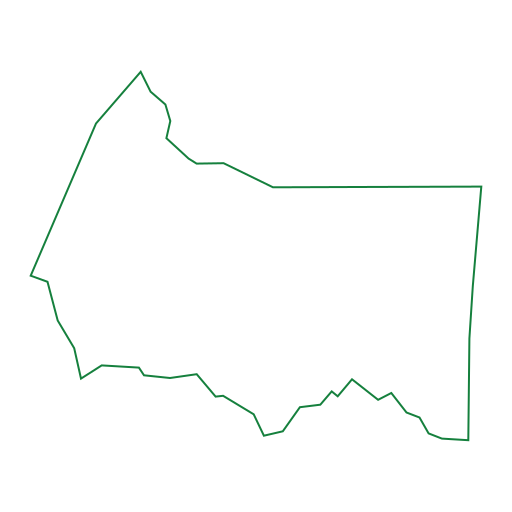 outline of Marion, Kentucky, United States of America
{"feature_id": "52423323B50933714814706", "entity_name": "Marion", "entity_type": "district", "adm_level": 2, "iso_a3": "USA", "parent_name": "United States of America", "parent_adm1": "Kentucky", "projection": "orthographic", "projection_center": [-85.281, 37.571], "detail": "fine", "context": "isolated", "style": "outline", "palette": "green", "viewbox_px": 512, "rotation_deg": 0, "n_neighbors": 0, "source": "geoboundaries", "source_scale": "gbopen_adm2", "svg_char_len": 622}
<svg xmlns="http://www.w3.org/2000/svg" viewBox="0 0 512 512"><path d="M140.7,71.8L96.0,123.5L30.7,275.7L47.5,281.8L57.7,320.5L74.2,348.2L81.0,378.6L101.7,365.4L138.9,367.6L144.0,375.3L170.0,378.0L196.7,374.2L215.6,396.6L223.1,395.8L253.7,414.3L263.9,435.7L282.8,431.3L299.9,407.2L320.3,404.7L331.7,391.4L337.7,396.3L352.0,379.3L378.1,399.8L391.3,393.0L406.5,412.5L419.5,417.5L428.6,433.4L441.9,438.6L468.3,440.2L469.4,338.5L472.8,286.2L481.3,186.6L356.7,187.0L273.0,187.3L223.6,163.2L196.6,163.6L188.6,158.6L166.4,138.2L170.3,121.0L165.4,104.5L150.6,91.7L140.7,71.8Z" fill="none" stroke="#15803d" stroke-width="2"/></svg>